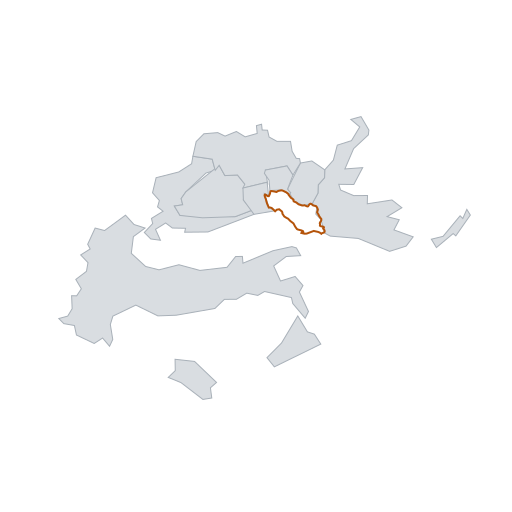 Albania highlighted among its neighbors, rotated 309°
{"feature_id": "ALB", "entity_name": "Albania", "entity_type": "country or territory", "adm_level": 0, "iso_a3": "ALB", "parent_name": "Europe", "parent_adm1": "", "projection": "mercator", "projection_center": [20.103, 41.151], "detail": "fine", "context": "with_neighbors", "style": "outline", "palette": "amber", "viewbox_px": 512, "rotation_deg": 309, "n_neighbors": 8, "source": "natural_earth", "source_scale": "50m", "svg_char_len": 4808}
<svg xmlns="http://www.w3.org/2000/svg" viewBox="0 0 512 512"><g transform="rotate(309 256 256)"><path d="M424.9,390.5L422.7,396.8L397.4,398.6L397.5,395.1L376.1,390.9L379.4,381.7L389.0,389.0L415.7,389.3L415.3,393.1L424.9,390.5ZM366.2,255.2L379.2,255.8L393.3,249.4L405.7,257.6L421.6,255.4L421.8,243.7L430.4,249.9L424.9,264.5L420.8,267.1L400.9,264.3L379.6,270.3L391.8,283.3L373.1,287.0L363.8,275.2L360.5,280.2L364.4,293.9L373.2,304.6L366.6,309.6L385.1,326.4L385.3,339.0L369.1,333.1L374.3,344.5L363.1,346.8L369.8,366.1L358.1,366.4L343.7,356.9L334.0,324.4L318.2,301.2L317.0,294.7L325.2,283.6L326.2,276.1L331.9,272.8L332.3,266.7L343.8,264.6L350.5,259.6L360.0,260.0L366.2,255.2Z" fill="#d9dde1" stroke="#a8b0b8" stroke-width="1"/><path d="M254.0,129.1L272.7,143.1L287.2,147.9L293.8,144.2L303.7,161.0L296.9,170.4L289.0,164.9L261.7,161.1L253.5,161.7L249.7,166.8L243.4,161.1L239.7,171.4L273.5,215.1L289.1,224.1L287.1,228.2L244.4,203.5L229.6,185.6L233.2,183.8L225.1,173.4L224.8,165.0L213.5,161.1L208.1,171.8L203.0,163.5L204.0,154.4L216.2,155.3L219.4,151.1L232.3,155.6L232.2,148.6L238.3,146.0L240.0,135.8L254.0,129.1Z" fill="#d9dde1" stroke="#a8b0b8" stroke-width="1"/><path d="M146.5,119.1L157.1,122.7L159.2,117.8L176.5,113.4L180.5,122.3L205.6,128.9L203.7,141.4L207.9,152.2L193.9,148.5L179.6,157.4L178.4,176.8L184.2,189.3L200.7,201.6L209.5,221.5L229.0,240.6L242.8,240.5L247.1,245.7L242.2,250.4L270.8,265.9L285.9,278.0L287.7,282.3L284.4,290.5L274.6,279.8L259.4,276.0L252.0,290.8L264.7,299.3L262.6,311.1L255.3,312.4L245.9,331.7L238.6,333.4L242.2,314.5L246.0,309.7L233.8,285.0L226.5,282.2L221.3,272.2L210.0,268.0L202.4,258.7L189.4,257.1L159.7,231.2L147.7,217.4L142.2,193.5L119.2,182.6L111.1,185.9L101.0,197.2L93.7,199.0L95.7,188.4L86.2,185.3L81.6,166.2L87.7,158.6L82.5,149.2L83.3,142.1L90.8,147.5L99.3,146.3L109.1,137.7L112.2,141.7L120.6,140.9L124.4,130.7L137.4,133.9L145.1,129.6L146.5,119.1ZM204.4,330.6L235.7,326.2L229.4,343.7L232.0,350.5L228.3,361.8L181.4,340.0L183.9,328.5L204.4,330.6ZM116.1,265.4L124.8,258.1L135.4,274.6L132.9,304.9L124.9,303.5L117.8,311.0L111.1,305.0L110.4,277.4L106.4,264.2L116.1,265.4Z" fill="#d9dde1" stroke="#a8b0b8" stroke-width="1"/><path d="M289.1,224.1L273.5,215.1L252.1,190.5L239.7,171.4L243.4,161.1L249.7,166.8L253.5,161.7L261.7,161.1L303.3,170.3L298.9,181.2L307.3,190.6L304.8,202.1L291.6,210.9L289.1,224.1Z" fill="#d9dde1" stroke="#a8b0b8" stroke-width="1"/><path d="M356.2,232.0L365.0,239.6L366.2,255.2L360.0,260.0L350.5,259.6L343.8,264.6L332.3,266.7L325.0,261.0L322.5,251.0L327.8,238.4L356.2,232.0Z" fill="#d9dde1" stroke="#a8b0b8" stroke-width="1"/><path d="M293.8,144.2L307.3,137.5L318.2,138.6L327.8,148.6L329.7,156.5L340.4,162.4L341.8,172.6L352.0,179.8L357.6,174.3L361.9,177.4L357.8,181.5L361.0,185.8L356.7,191.3L358.3,200.2L366.8,210.7L360.1,218.2L357.2,225.8L359.1,228.6L356.2,232.0L342.1,233.8L345.5,223.4L328.7,209.2L318.9,220.3L320.3,218.2L300.6,203.1L304.8,202.1L307.3,190.6L298.9,181.2L303.3,170.3L296.9,170.4L303.7,161.0L293.8,144.2Z" fill="#d9dde1" stroke="#a8b0b8" stroke-width="1"/><path d="M320.3,218.2L310.9,227.7L309.8,223.2L302.2,235.0L303.3,242.5L287.1,228.2L291.6,210.9L300.6,203.1L320.3,218.2Z" fill="#d9dde1" stroke="#a8b0b8" stroke-width="1"/><path d="M324.7,243.0L323.6,234.4L315.6,225.6L323.1,218.5L325.5,210.5L328.7,209.2L345.5,223.4L342.1,233.8L327.8,238.4L327.0,243.2L324.7,243.0Z" fill="#d9dde1" stroke="#a8b0b8" stroke-width="1"/><path d="M302.8,242.7L302.9,241.5L303.1,239.6L303.0,239.0L303.2,238.0L302.6,236.5L301.7,235.5L302.6,233.7L303.8,231.5L305.0,229.7L306.4,227.9L307.3,226.2L308.3,224.7L309.2,224.2L309.6,224.5L309.8,225.2L309.8,227.1L310.1,227.8L310.6,228.3L311.9,228.0L313.3,227.6L315.2,226.5L315.5,226.6L316.2,227.1L317.6,229.5L318.6,231.6L320.5,232.3L321.5,233.1L322.9,234.3L323.6,235.5L324.5,239.3L324.6,241.5L324.3,242.6L324.1,242.8L323.2,246.5L323.4,248.4L323.4,249.6L322.7,250.1L322.2,250.9L323.0,253.9L322.9,255.2L323.0,256.7L324.3,260.1L325.2,261.1L325.9,261.6L326.8,264.7L327.4,265.2L329.7,265.0L330.8,265.3L331.2,266.0L331.3,266.5L331.2,268.3L331.7,269.6L332.5,271.0L332.5,271.8L332.0,273.2L331.1,274.8L329.9,275.4L328.5,275.9L327.9,277.1L327.6,278.4L327.0,279.4L326.6,280.5L326.0,282.7L325.9,283.4L325.0,284.2L323.6,284.6L322.4,284.6L321.5,285.0L321.1,285.7L320.3,286.3L319.8,286.6L319.8,287.3L320.4,288.6L321.1,289.8L321.1,290.7L320.8,290.9L319.7,290.8L319.5,291.1L319.4,292.1L319.1,293.0L318.7,293.5L318.0,294.1L316.7,293.9L315.4,293.0L314.8,292.8L314.4,292.8L314.3,290.7L313.8,289.1L311.8,285.1L305.3,281.3L303.8,279.6L303.1,278.1L302.5,276.8L303.1,276.7L303.7,277.1L304.5,277.5L304.9,276.8L304.5,275.3L302.9,271.8L302.7,270.8L303.5,267.9L304.9,264.6L304.8,260.6L305.2,257.5L304.8,255.6L304.5,253.1L305.5,249.9L306.4,249.1L306.9,248.1L306.9,244.6L305.0,243.0L302.8,242.7Z" fill="none" stroke="#b45309" stroke-width="2"/></g></svg>